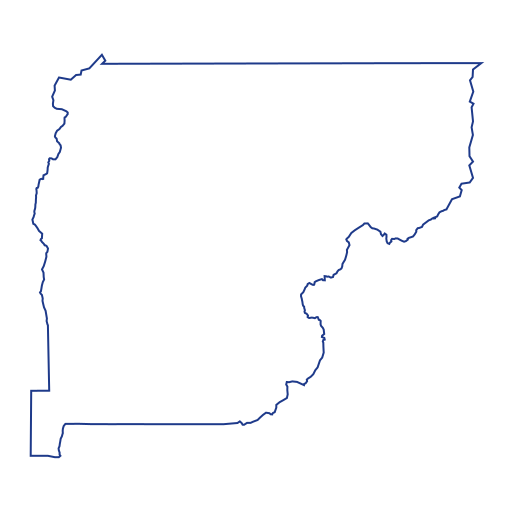 outline of Valley, Idaho, United States of America
{"feature_id": "52423323B68187533986478", "entity_name": "Valley", "entity_type": "district", "adm_level": 2, "iso_a3": "USA", "parent_name": "United States of America", "parent_adm1": "Idaho", "projection": "natural_earth1", "projection_center": [-115.582, 44.683], "detail": "fine", "context": "isolated", "style": "outline", "palette": "blue", "viewbox_px": 512, "rotation_deg": 0, "n_neighbors": 0, "source": "geoboundaries", "source_scale": "gbopen_adm2", "svg_char_len": 4704}
<svg xmlns="http://www.w3.org/2000/svg" viewBox="0 0 512 512"><path d="M446.7,208.9L452.0,199.2L459.9,196.4L461.7,190.1L459.3,187.6L461.5,183.7L469.7,182.5L473.0,177.9L469.3,165.4L473.0,161.6L469.5,156.2L469.3,147.4L472.9,135.0L471.6,127.3L473.0,121.4L471.6,107.3L473.5,103.7L469.8,101.6L473.3,91.6L470.0,80.3L472.6,77.0L473.0,69.5L481.3,63.1L390.5,63.2L102.1,63.8L105.3,60.7L101.9,54.8L89.3,68.4L81.5,70.5L80.7,74.6L76.1,75.0L70.8,79.7L59.0,77.5L54.6,85.6L54.9,90.5L52.2,96.6L52.2,96.8L53.4,100.2L52.9,103.8L53.1,106.2L54.8,107.8L56.8,108.8L61.8,109.2L66.4,111.3L67.7,112.5L67.7,114.1L67.0,115.0L65.9,116.7L64.6,117.5L64.5,118.9L64.6,120.6L64.4,123.6L62.5,125.9L61.0,126.9L59.4,129.1L57.1,130.7L55.7,133.2L54.9,136.2L55.3,137.4L56.6,138.6L57.1,141.3L58.0,142.1L59.3,143.3L59.6,144.2L60.6,145.3L61.0,147.7L60.6,149.1L59.8,152.0L58.4,154.0L57.3,157.1L55.5,159.3L53.0,159.3L51.6,158.4L49.7,158.3L49.0,159.2L49.3,160.7L48.3,162.4L48.9,163.8L48.2,165.8L47.7,167.6L47.6,169.9L47.3,172.2L47.1,173.3L46.5,173.8L45.6,174.3L43.5,175.3L43.2,178.3L43.2,178.9L42.5,179.1L41.8,178.8L40.6,179.1L39.6,179.8L39.1,182.3L38.6,184.5L38.3,186.6L37.7,187.8L36.7,188.0L36.3,189.0L36.5,190.0L36.6,191.4L36.7,193.1L36.5,193.8L36.0,195.5L36.1,197.1L35.9,199.7L35.8,202.8L35.4,204.4L35.3,206.8L35.2,207.9L35.0,208.9L34.5,210.4L34.3,211.8L34.5,212.8L34.7,213.6L34.2,214.9L33.9,215.8L33.7,216.8L33.1,218.1L32.4,219.6L32.9,221.8L33.3,223.8L34.8,224.5L35.7,225.6L37.5,228.2L39.0,230.9L42.2,233.7L41.9,238.3L40.9,239.1L40.5,240.2L41.4,241.0L41.7,241.5L41.9,241.9L42.7,242.7L43.6,243.6L44.0,244.1L44.4,244.7L44.5,245.1L44.9,245.4L45.3,245.3L46.5,245.9L48.0,248.5L47.4,251.8L46.3,253.1L46.2,253.9L46.3,255.0L46.4,256.8L45.1,261.8L43.7,266.2L42.0,269.4L43.5,272.6L43.7,277.0L44.1,279.5L42.8,282.1L41.9,285.5L41.4,288.6L40.9,291.3L40.0,292.4L40.6,293.6L41.9,294.9L42.7,298.4L42.5,300.9L43.2,304.0L44.0,307.3L45.6,310.8L46.2,314.4L46.9,318.5L46.6,321.0L47.5,324.5L47.9,325.2L49.2,390.7L31.2,390.8L30.7,455.8L36.9,455.8L47.9,455.8L54.9,457.2L58.8,457.2L60.4,455.8L59.6,454.6L59.6,452.6L58.8,450.2L58.6,448.3L59.5,446.2L59.8,443.9L60.3,441.2L60.7,438.7L61.9,436.3L62.4,434.4L62.8,433.2L62.7,430.7L62.9,428.7L63.7,426.0L65.4,423.9L78.8,423.8L90.1,424.1L97.8,424.1L112.7,424.2L124.2,424.1L135.5,424.1L148.4,424.2L165.9,424.2L186.5,424.2L198.4,424.2L205.8,424.2L223.6,424.2L237.5,423.0L239.8,421.4L241.7,423.1L242.6,424.7L244.0,424.8L247.0,422.9L250.5,422.9L253.1,421.7L257.6,420.0L260.0,417.6L263.0,414.9L266.0,412.7L269.4,413.2L270.7,414.3L272.2,414.4L272.3,413.8L273.1,412.9L274.7,412.2L276.3,407.6L276.3,404.9L279.6,402.2L283.2,400.2L286.9,398.0L287.7,394.4L287.3,390.0L287.4,386.6L286.2,384.5L286.8,382.0L289.1,382.2L292.3,381.4L297.0,381.9L301.8,384.1L304.0,385.1L304.2,383.9L305.6,383.3L307.1,381.2L306.8,379.6L308.0,378.5L310.7,376.8L313.3,374.2L315.3,370.2L317.6,367.4L320.0,360.3L322.2,357.6L323.7,352.6L323.4,346.6L323.3,342.6L322.8,341.6L323.3,340.0L324.7,339.6L324.3,337.9L323.1,337.5L321.9,337.0L322.1,335.7L324.2,334.0L323.9,331.4L323.7,329.6L322.8,327.8L321.1,325.9L320.6,324.5L320.6,322.1L320.7,321.0L319.9,320.1L318.8,319.8L318.3,318.4L317.7,317.1L316.4,317.2L314.9,318.2L312.8,317.7L311.5,317.6L309.4,318.0L308.6,317.8L307.6,317.0L308.0,315.5L306.6,313.7L304.9,312.9L304.5,311.6L304.9,310.2L304.2,308.0L304.1,306.6L303.1,305.7L302.7,304.2L302.4,301.9L302.0,300.1L301.8,298.9L301.0,296.2L301.1,294.4L303.3,292.2L304.6,289.4L305.3,287.6L307.2,285.7L307.7,284.0L309.4,283.0L311.5,284.2L312.7,284.8L313.9,284.9L314.3,284.3L314.7,282.1L315.9,281.3L318.7,280.1L321.9,279.1L322.9,280.2L324.8,280.3L324.7,278.2L324.6,276.1L326.2,276.3L327.1,276.7L328.7,276.5L330.9,277.6L333.0,277.0L333.6,274.8L336.5,273.3L337.4,271.5L338.7,270.0L340.3,269.4L341.5,268.4L342.2,266.5L342.5,263.9L343.7,261.9L345.0,259.8L345.8,257.2L346.4,255.1L347.1,252.1L346.9,249.9L349.5,245.1L348.8,242.4L346.9,240.9L346.3,239.3L347.5,238.0L348.7,237.0L351.3,233.0L354.9,230.2L358.6,227.8L362.9,225.1L364.4,223.5L367.8,223.4L368.9,224.7L370.7,227.1L372.3,228.3L374.0,228.5L377.3,229.6L380.4,231.7L381.0,234.2L382.5,236.0L383.8,234.8L384.7,233.5L386.4,234.7L386.5,236.8L386.3,238.6L386.7,241.4L387.6,243.2L389.3,243.9L389.9,242.7L391.4,241.5L391.1,240.2L392.0,238.9L392.9,238.9L394.3,239.0L395.6,238.4L397.7,238.5L399.8,239.7L401.9,240.8L404.1,241.7L405.9,241.1L407.8,239.6L407.6,238.7L409.0,237.8L410.4,237.4L413.0,236.5L413.9,235.4L414.7,234.4L416.3,231.7L416.2,230.2L417.7,228.2L419.4,227.9L422.0,226.9L423.1,224.6L426.3,222.2L428.8,220.3L430.8,219.6L432.1,218.6L433.7,217.8L433.9,218.5L435.1,218.3L435.3,217.2L437.2,216.4L438.2,214.3L439.5,212.3L441.6,211.2L442.9,210.9L444.4,210.0L446.5,209.4L446.7,208.9Z" fill="none" stroke="#1e3a8a" stroke-width="2"/></svg>